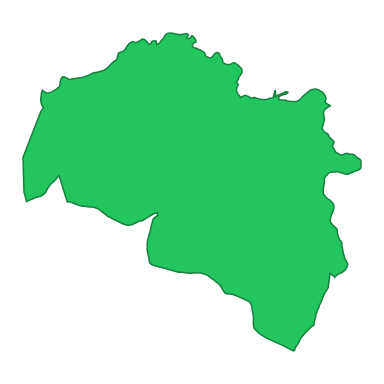 Cap Estate/Caribbean Park, Gros Islet, Saint Lucia (orthographic projection)
{"feature_id": "8701671B6558289916202", "entity_name": "Cap Estate/Caribbean Park", "entity_type": "district", "adm_level": 2, "iso_a3": "LCA", "parent_name": "Saint Lucia", "parent_adm1": "Gros Islet", "projection": "orthographic", "projection_center": [-60.924, 14.1], "detail": "fine", "context": "isolated", "style": "filled", "palette": "green", "viewbox_px": 384, "rotation_deg": 0, "n_neighbors": 0, "source": "geoboundaries", "source_scale": "gbopen_adm2", "svg_char_len": 5829}
<svg xmlns="http://www.w3.org/2000/svg" viewBox="0 0 384 384"><path d="M334.8,277.4L335.0,276.9L336.3,275.7L338.2,274.1L341.1,273.0L342.6,272.2L345.0,270.3L345.8,269.2L346.7,267.6L347.8,264.2L346.5,261.3L345.6,260.0L344.8,258.2L343.8,254.7L343.0,251.8L342.4,247.9L342.1,246.8L341.8,246.4L341.9,244.2L341.5,241.9L341.2,241.3L340.6,240.9L340.1,240.3L337.9,235.8L337.6,234.5L337.3,231.1L336.9,229.0L336.4,228.3L333.3,225.6L331.3,223.3L330.2,221.6L330.0,220.8L331.0,216.2L332.8,211.9L333.8,208.7L334.0,205.7L333.3,203.9L331.8,202.1L329.5,199.9L328.3,199.2L326.6,198.0L323.6,194.1L323.3,192.8L323.4,187.3L323.9,185.3L323.9,184.6L324.4,182.0L324.3,179.3L324.7,178.1L326.2,175.8L327.3,174.8L328.0,173.8L328.8,173.1L330.0,172.3L331.1,172.1L332.7,172.2L336.6,171.8L338.5,171.9L340.6,172.7L342.7,173.2L345.5,174.1L347.2,174.3L349.6,173.6L351.2,172.7L358.8,169.9L359.9,169.3L360.8,167.9L361.0,161.9L360.8,160.8L360.5,159.9L359.9,159.2L356.7,157.2L353.9,154.6L352.2,154.2L350.8,154.3L349.9,154.2L349.2,153.9L346.1,153.4L344.7,153.8L342.9,154.7L341.1,155.2L335.6,152.1L334.2,149.1L332.6,146.8L332.4,146.1L332.7,145.1L333.8,143.1L334.1,142.1L333.3,140.8L331.1,138.8L330.1,137.6L329.6,137.4L329.2,136.9L328.2,134.6L327.9,134.0L327.2,133.5L325.7,132.8L324.6,132.0L322.9,129.9L322.0,128.4L322.1,127.8L323.1,125.0L324.5,118.9L324.3,117.7L323.6,115.0L323.5,112.6L323.7,111.7L324.4,110.3L325.3,109.1L328.0,107.1L329.5,106.5L330.1,106.0L330.2,105.7L329.9,105.2L328.5,104.7L326.2,103.3L325.5,102.5L325.2,101.9L325.2,101.2L325.8,99.9L326.1,98.5L325.6,97.2L325.4,96.3L324.3,94.4L323.0,92.8L322.0,91.9L318.1,89.7L316.8,89.3L315.0,89.0L313.8,89.2L310.7,89.9L308.3,91.6L307.4,92.6L304.8,94.6L302.7,96.5L300.4,99.1L299.4,100.0L298.0,100.7L297.2,101.3L294.3,101.6L292.6,101.6L288.6,101.2L287.5,101.0L285.1,100.0L282.0,100.1L279.9,99.9L279.1,99.3L278.6,98.5L278.5,97.8L279.0,97.1L279.7,96.3L280.5,95.6L281.0,95.4L284.5,94.3L285.4,94.2L287.0,93.4L287.6,93.0L287.9,92.4L287.8,92.2L286.2,91.6L285.3,91.9L284.8,92.3L280.1,94.4L277.9,95.1L276.2,96.4L275.4,96.6L275.7,94.3L275.5,91.6L275.1,90.7L274.7,91.3L273.9,95.5L273.2,97.2L271.8,98.2L270.8,98.3L270.2,98.1L266.7,99.5L264.5,99.6L262.2,99.5L259.6,99.1L256.6,98.3L254.5,97.4L251.7,98.0L250.7,98.0L248.4,96.4L247.4,96.3L246.0,95.4L245.0,95.4L243.7,96.0L243.1,96.1L241.9,96.7L241.2,97.4L240.5,97.5L239.9,96.2L239.0,95.1L237.9,94.6L237.3,92.6L236.6,91.0L236.5,90.2L236.8,87.9L237.0,87.1L237.9,85.7L238.2,85.0L238.1,84.3L237.7,83.5L236.7,82.5L236.6,82.0L238.3,79.3L238.4,78.5L239.2,76.6L241.2,74.1L242.2,71.9L242.1,70.6L241.9,69.3L239.6,66.6L237.1,64.4L235.0,63.1L234.0,62.7L233.1,62.9L230.9,64.1L229.7,64.5L228.4,64.6L226.2,64.4L223.5,62.9L222.8,62.4L222.5,62.0L222.7,60.7L222.3,59.2L220.8,57.1L220.0,55.5L219.7,54.2L219.2,53.4L218.5,52.9L217.8,52.6L217.0,52.6L216.2,52.7L214.8,53.5L212.8,56.2L211.4,57.7L210.3,58.1L206.9,56.9L205.8,56.1L205.1,54.1L204.1,52.4L200.2,49.9L197.1,48.7L195.9,48.1L193.7,47.6L192.9,47.2L192.4,46.5L192.4,45.8L193.1,43.5L193.8,42.9L195.2,42.6L195.6,42.4L196.0,41.8L195.9,40.9L195.7,39.7L192.9,36.2L192.2,35.8L191.6,35.8L191.0,37.2L189.6,38.2L188.3,38.5L187.4,38.2L186.7,37.8L186.7,37.5L188.0,35.9L188.5,35.0L188.3,34.5L187.4,34.0L186.2,33.7L180.0,34.7L175.4,34.0L174.3,33.5L173.1,33.3L170.0,33.1L169.0,33.1L167.6,33.5L166.0,34.4L165.2,35.3L163.0,38.9L161.6,40.2L159.4,43.1L158.8,43.7L157.0,44.5L156.6,44.5L156.4,44.2L156.4,42.3L156.0,41.0L155.8,40.8L154.4,40.8L152.6,41.1L151.9,41.5L150.9,43.4L150.3,43.9L150.0,44.1L148.9,44.0L148.5,43.9L146.7,41.5L144.5,39.5L142.7,39.0L141.6,39.4L140.5,40.3L137.8,42.0L137.1,42.3L135.9,42.6L133.0,41.7L132.4,41.7L130.5,42.6L129.0,43.8L127.3,45.8L126.6,47.1L124.2,50.6L123.5,51.2L119.9,52.3L118.7,53.0L118.1,54.2L117.7,55.7L117.7,56.6L117.2,57.5L117.2,58.1L116.7,59.3L116.1,60.1L114.1,61.4L111.2,63.9L109.2,66.2L106.9,68.2L104.0,70.3L97.4,72.2L93.1,72.9L90.9,74.2L89.8,74.6L88.0,75.6L87.3,75.7L86.9,76.1L84.9,76.5L84.7,76.7L82.5,77.5L74.4,78.5L71.8,79.0L70.2,79.6L68.9,79.3L65.9,77.6L64.2,76.9L62.8,76.8L62.3,77.0L61.7,77.7L60.5,80.4L60.0,82.1L60.0,83.6L59.8,85.7L58.8,87.5L58.5,87.8L57.8,87.8L56.9,88.9L51.1,92.3L47.7,93.2L46.5,92.9L45.4,92.3L42.5,90.3L41.7,92.1L41.4,93.3L40.8,99.1L40.8,101.3L41.2,103.0L42.3,106.1L43.4,107.6L40.8,111.5L23.0,157.4L24.0,192.1L26.6,201.5L35.8,197.5L38.3,196.9L41.6,195.8L43.4,194.6L45.3,192.8L48.7,186.7L51.2,183.7L54.2,181.2L56.7,178.4L58.8,175.6L59.1,175.7L67.3,202.0L68.2,201.7L68.7,201.7L72.0,202.6L76.0,204.3L78.7,205.3L80.7,205.8L82.4,206.2L86.7,206.5L88.9,207.0L91.4,207.0L94.0,207.3L98.5,209.0L99.9,210.0L102.2,212.0L104.7,213.7L107.6,216.2L112.1,218.6L123.0,223.9L125.7,224.8L127.8,225.3L132.1,224.7L139.5,221.0L140.1,220.9L141.5,221.0L144.1,219.7L146.8,217.9L153.6,213.8L156.1,213.0L157.4,212.9L157.4,215.6L153.3,218.6L152.2,222.6L151.6,224.5L150.0,231.8L148.4,236.9L148.4,237.5L147.4,241.5L147.2,243.5L147.3,246.6L147.1,248.5L147.2,249.9L147.5,251.8L148.8,257.9L149.6,262.9L151.2,264.3L153.4,265.4L156.0,266.0L159.9,267.2L163.7,268.0L177.1,271.9L178.7,272.2L182.4,272.3L187.3,273.0L190.3,273.2L195.5,272.8L200.1,272.9L204.3,274.0L207.7,275.4L211.7,278.5L213.5,279.7L216.5,282.2L218.8,283.9L220.3,285.8L223.5,291.0L224.8,292.9L226.5,293.7L231.7,294.2L236.5,295.8L249.3,301.6L250.1,302.5L251.3,304.8L252.0,307.7L252.2,310.4L252.5,311.2L253.2,314.5L253.5,318.5L253.3,322.6L253.5,326.4L254.2,328.3L254.7,328.9L258.8,333.1L261.1,334.8L265.6,337.5L269.0,339.3L283.5,345.8L293.3,350.9L294.4,350.6L294.8,349.9L294.9,348.7L295.8,346.9L298.5,342.9L300.1,339.6L300.8,338.3L303.7,334.7L306.7,331.3L308.0,330.3L311.0,327.0L313.6,325.3L313.9,324.8L314.1,322.4L315.5,317.5L315.7,315.6L316.0,314.2L316.9,312.3L317.2,310.4L318.7,308.0L319.5,305.1L320.8,302.6L324.4,293.7L325.3,292.1L327.4,289.0L328.2,287.4L329.4,278.2L329.9,273.3L330.9,274.2L333.8,276.2L334.8,277.4Z" fill="#22c55e" stroke="#15803d" stroke-width="1.5"/></svg>